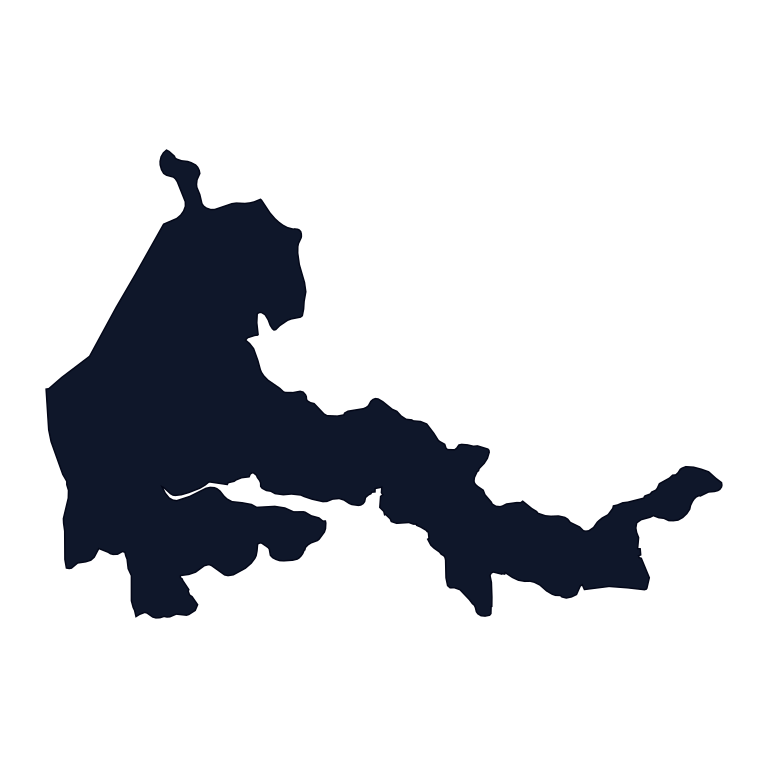 Hunters Hill, New South Wales, Australia
{"feature_id": "25037944B34296859753223", "entity_name": "Hunters Hill", "entity_type": "district", "adm_level": 2, "iso_a3": "AUS", "parent_name": "Australia", "parent_adm1": "New South Wales", "projection": "natural_earth1", "projection_center": [151.151, -33.83], "detail": "fine", "context": "isolated", "style": "filled", "palette": "ink", "viewbox_px": 768, "rotation_deg": 0, "n_neighbors": 0, "source": "geoboundaries", "source_scale": "gbopen_adm2", "svg_char_len": 6109}
<svg xmlns="http://www.w3.org/2000/svg" viewBox="0 0 768 768"><path d="M174.4,156.2L169.0,151.4L166.5,150.1L163.4,152.9L161.1,156.8L160.1,161.4L160.2,164.9L161.5,169.6L163.7,173.4L166.5,175.2L173.5,177.1L175.4,178.8L177.3,181.7L185.3,201.7L185.4,206.3L183.6,211.1L180.7,215.2L176.8,218.5L163.6,224.2L135.1,274.9L116.2,307.3L89.6,356.3L61.8,377.4L48.8,388.7L46.1,389.1L48.7,429.8L51.1,441.6L62.8,474.4L66.8,481.3L66.8,484.7L68.5,490.3L68.3,498.1L63.4,518.6L63.6,523.2L64.7,531.1L64.9,559.5L66.4,568.0L69.2,568.5L71.5,568.1L77.6,563.0L85.7,561.8L90.8,560.2L94.2,557.2L98.8,548.5L108.3,552.3L110.4,553.7L113.1,554.4L117.6,554.2L122.4,551.5L124.9,552.2L125.8,555.9L127.1,559.2L128.2,568.7L131.4,575.6L131.4,600.8L133.2,607.5L134.6,610.4L136.0,616.6L139.5,614.4L144.7,612.4L147.0,613.0L152.7,617.0L155.9,617.9L160.0,617.7L164.0,616.4L167.0,617.0L169.9,616.8L176.2,614.1L186.5,615.2L188.8,614.5L195.2,610.4L197.6,604.7L192.1,596.7L189.5,594.9L188.2,591.2L188.8,589.6L182.6,580.3L182.3,579.1L180.4,577.6L180.3,576.0L180.7,575.5L188.9,574.4L195.6,572.1L204.3,565.7L208.1,564.7L209.8,564.8L211.6,565.6L224.6,574.9L228.0,575.6L233.3,574.8L245.4,568.2L251.2,563.2L254.8,558.4L256.1,555.7L257.0,551.0L257.6,544.0L260.0,542.9L261.7,543.1L268.2,547.6L269.3,549.1L270.4,555.3L272.7,557.7L276.0,559.4L279.6,560.6L283.8,560.8L292.7,560.2L297.2,559.1L299.0,558.0L301.0,556.0L302.7,553.6L304.1,550.3L304.8,549.9L305.4,547.5L308.0,544.8L311.0,542.9L317.5,540.5L319.2,539.1L324.4,532.0L325.5,528.6L325.8,523.1L325.4,521.0L322.8,521.1L318.9,517.9L311.2,515.8L305.1,512.2L303.4,511.8L293.6,511.9L284.9,508.0L274.8,506.4L256.7,507.4L251.5,504.5L242.3,502.8L232.0,501.7L227.0,499.0L224.0,496.2L220.0,491.1L216.9,488.7L214.4,487.7L210.2,487.4L206.0,488.3L189.9,496.4L176.7,500.7L172.8,500.1L169.1,498.0L165.2,493.2L162.0,486.7L164.1,487.8L170.5,493.7L173.0,495.1L175.3,495.4L181.4,494.7L188.9,492.5L199.8,488.2L205.0,485.1L208.7,482.1L210.2,482.0L227.3,484.5L228.1,482.7L234.1,481.3L236.1,479.9L241.6,477.7L249.1,476.8L250.2,474.1L251.8,473.0L253.3,472.7L256.5,475.3L257.4,477.5L259.6,480.5L260.6,482.9L260.7,486.4L262.1,488.2L266.4,490.5L270.8,491.2L275.1,493.6L283.3,494.7L291.5,494.0L300.8,495.0L304.1,496.5L312.2,499.2L322.9,501.6L326.9,501.4L332.6,499.1L339.2,498.5L344.0,500.0L349.2,503.4L351.8,504.5L358.4,505.4L360.8,505.0L363.1,503.6L364.6,501.6L365.5,497.5L368.6,494.8L370.8,493.8L371.8,492.2L375.0,491.9L375.1,488.5L381.8,487.2L381.4,492.7L382.9,494.7L380.6,496.4L379.8,507.4L383.8,511.4L384.6,514.8L385.6,514.4L390.2,518.8L391.3,521.5L396.6,523.3L408.9,522.5L413.3,524.1L416.7,524.2L416.6,525.3L420.6,527.0L426.2,530.3L427.1,531.5L427.7,531.4L428.4,532.9L429.0,538.4L427.7,539.2L430.9,545.2L434.0,548.1L439.5,552.0L441.2,554.2L443.8,555.7L445.0,557.4L445.6,560.1L446.0,577.8L447.6,585.6L450.1,587.8L454.4,587.7L460.0,589.7L469.3,599.5L472.4,603.6L474.4,605.3L475.4,607.6L476.4,611.7L477.9,613.8L481.0,615.7L485.1,616.1L489.6,615.2L490.9,613.6L491.1,606.5L491.8,606.4L491.9,597.1L491.4,582.4L490.0,575.5L491.1,573.2L493.2,572.0L501.7,574.1L501.9,573.6L504.7,574.1L505.1,572.5L512.4,577.4L518.4,580.2L524.7,581.3L530.2,581.2L534.3,582.2L539.9,585.0L546.6,590.9L552.2,594.2L555.4,595.3L560.7,595.5L561.4,596.6L562.3,597.0L566.3,598.0L571.5,596.9L576.5,594.5L580.2,586.1L582.3,584.7L584.4,589.5L609.0,586.4L627.7,587.8L644.5,589.7L646.3,589.1L646.9,588.1L649.3,577.7L641.3,558.3L639.2,557.7L638.5,555.8L640.7,554.9L640.2,548.8L637.6,548.7L638.6,537.6L636.6,532.5L635.8,528.0L636.6,523.2L637.0,522.6L641.1,519.7L650.2,517.2L653.3,515.6L658.8,517.7L663.9,518.3L668.8,520.6L673.3,520.7L678.0,520.1L682.7,517.5L686.8,513.6L689.7,509.2L690.5,505.5L692.4,501.5L694.0,499.1L696.1,497.0L699.0,495.6L700.3,496.0L708.5,492.0L714.4,491.5L717.8,490.6L719.8,489.4L721.5,487.0L721.9,485.1L721.5,482.6L715.8,478.3L708.6,471.8L701.2,469.2L693.6,467.2L685.8,466.7L682.0,468.2L680.3,469.3L678.2,472.6L675.8,474.9L672.6,475.2L669.5,478.1L659.4,483.7L657.3,488.3L655.8,490.2L651.7,492.1L650.3,494.0L645.0,495.9L644.3,496.8L643.9,498.1L627.8,502.2L622.7,502.8L617.5,505.0L613.4,505.9L612.8,508.4L608.6,514.1L607.7,515.0L602.2,518.0L598.9,520.7L597.3,522.2L593.6,527.5L588.8,530.8L585.8,531.2L583.4,530.8L579.6,527.0L570.2,522.4L567.7,519.2L564.8,517.4L558.5,516.0L550.9,516.3L545.4,515.8L537.9,513.3L536.6,511.5L531.8,508.6L522.7,501.2L520.8,502.7L516.7,502.6L506.5,504.0L502.4,506.1L500.1,506.7L495.9,506.3L492.7,504.4L491.7,503.4L491.5,502.4L484.9,494.7L483.2,490.2L477.7,486.5L475.4,484.4L474.2,482.4L474.0,480.7L474.4,477.5L477.1,471.7L478.5,470.7L479.1,468.6L484.2,463.3L487.4,458.3L489.2,452.3L488.9,450.3L487.9,449.1L477.5,445.9L473.5,446.3L467.6,444.9L461.6,444.4L458.9,445.0L456.7,448.2L454.6,449.8L447.5,449.6L446.0,448.2L444.7,444.3L439.5,441.4L438.0,440.0L433.8,433.3L426.7,424.0L420.5,421.5L413.3,420.9L411.7,419.9L406.1,419.3L401.1,416.0L396.8,411.3L392.2,409.3L382.8,401.7L378.2,399.0L375.4,398.6L373.0,399.5L370.9,401.3L368.4,405.8L366.2,407.5L363.4,408.7L348.0,411.2L344.6,413.1L343.9,414.9L337.4,416.1L327.0,415.7L324.0,414.0L314.1,403.6L310.4,402.7L307.3,400.8L306.5,399.3L306.3,396.6L305.5,394.8L303.1,392.1L300.1,391.3L293.1,392.6L285.3,392.5L283.5,391.9L279.8,388.4L267.8,380.1L263.7,375.8L261.4,372.3L260.3,369.6L257.8,360.4L253.6,348.7L249.7,343.7L245.5,340.1L247.6,337.7L254.8,335.4L257.6,335.1L258.1,334.6L256.8,322.8L257.2,314.0L258.5,312.8L260.2,312.4L261.8,312.6L265.1,314.7L268.2,319.8L270.2,325.2L272.4,328.7L274.0,330.0L275.7,329.6L279.6,325.7L287.5,320.3L291.3,318.9L300.5,317.1L302.3,315.7L303.6,309.1L304.1,301.4L305.8,291.8L304.5,282.5L299.3,264.6L297.7,253.0L297.8,246.6L298.4,243.6L301.1,237.8L301.4,236.4L301.3,233.9L300.7,231.6L299.1,229.9L297.7,229.3L294.5,228.9L293.3,229.2L287.3,227.6L282.8,225.2L278.6,222.1L274.9,218.7L269.9,212.9L261.5,200.2L260.5,199.3L254.2,201.9L250.1,202.9L244.9,203.5L236.3,203.1L231.9,203.7L214.8,209.5L210.7,209.6L206.3,208.1L203.5,206.0L201.9,203.6L199.8,194.6L196.8,187.3L196.5,184.3L197.0,179.8L199.8,173.5L199.2,170.4L197.7,167.3L195.6,165.0L191.2,162.7L187.7,161.5L181.5,160.8L176.4,159.0L175.0,157.8L174.4,156.2Z" fill="#0f172a" stroke="#020617" stroke-width="1.5"/></svg>